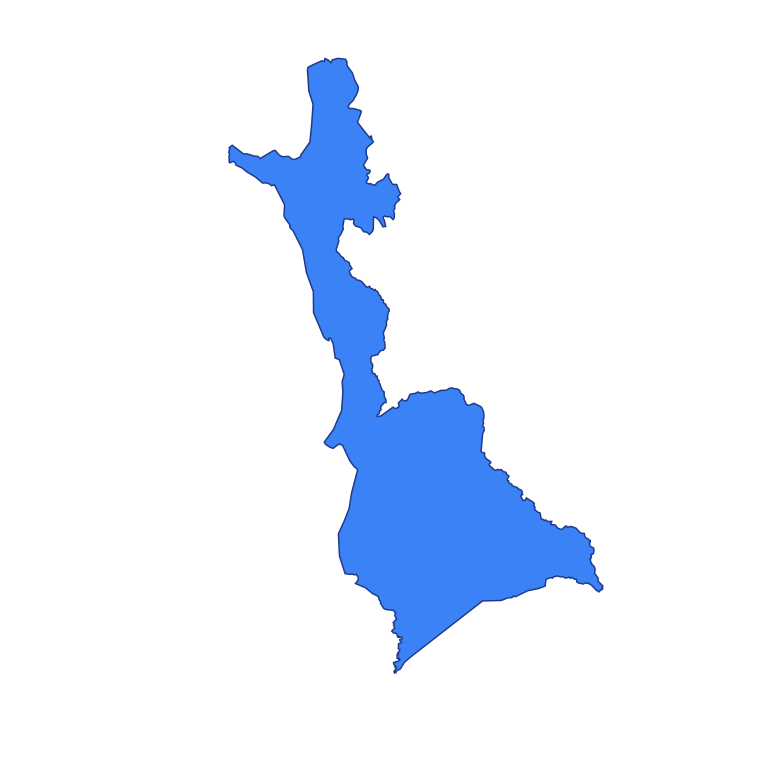 outline of Ho West, Volta, Ghana, rotated 322°
{"feature_id": "2480657B47242267083805", "entity_name": "Ho West", "entity_type": "district", "adm_level": 2, "iso_a3": "GHA", "parent_name": "Ghana", "parent_adm1": "Volta", "projection": "orthographic", "projection_center": [0.372, 6.6], "detail": "fine", "context": "isolated", "style": "filled", "palette": "blue", "viewbox_px": 768, "rotation_deg": 322, "n_neighbors": 0, "source": "geoboundaries", "source_scale": "gbopen_adm2", "svg_char_len": 6161}
<svg xmlns="http://www.w3.org/2000/svg" viewBox="0 0 768 768"><g transform="rotate(322 384 384)"><path d="M442.9,454.5L437.9,453.2L436.4,451.1L437.7,445.1L439.1,443.6L439.7,441.5L438.8,439.0L439.7,435.2L438.4,432.6L437.0,431.7L435.1,428.8L432.4,427.5L429.4,427.4L424.8,424.0L418.2,422.1L416.7,418.3L412.0,416.8L407.2,413.8L405.9,411.2L403.1,410.7L398.1,408.1L393.1,410.8L390.9,410.7L389.3,409.5L389.0,407.1L383.5,407.9L382.8,410.3L381.3,411.0L378.9,410.9L377.4,410.0L376.9,407.8L361.6,407.2L358.7,405.4L359.9,404.1L361.8,404.4L364.3,402.5L365.5,402.6L368.1,399.3L368.7,399.6L372.8,398.8L374.1,399.9L375.8,397.8L376.5,394.0L379.2,390.3L378.8,388.3L379.3,385.4L380.8,381.6L381.1,379.0L382.2,378.3L381.7,376.6L383.4,373.5L382.4,372.9L383.1,370.0L381.7,369.0L381.6,367.6L382.7,367.0L383.0,364.9L384.8,364.3L387.0,361.7L387.4,358.3L388.5,356.8L391.1,354.3L397.4,357.1L398.6,356.3L402.2,355.7L404.4,357.0L406.9,356.4L410.1,351.9L411.0,348.8L412.4,348.3L414.8,343.4L422.3,339.2L424.2,336.2L427.3,334.9L428.0,333.3L431.5,330.1L433.2,329.6L434.2,327.9L433.7,324.7L434.5,321.9L433.7,321.3L433.6,320.2L435.2,317.1L433.8,315.8L434.6,315.0L435.4,312.0L434.9,310.9L435.8,306.9L435.0,305.4L435.2,304.1L434.0,304.1L433.3,301.4L432.1,300.5L432.8,298.2L429.9,297.2L429.5,289.7L428.5,287.3L426.6,285.3L426.6,283.0L424.8,280.2L425.5,274.8L426.4,273.5L429.8,273.4L430.3,268.9L431.3,266.9L429.2,262.1L429.7,259.3L428.8,257.4L428.8,252.2L428.1,251.1L429.1,248.6L436.4,243.6L437.8,240.8L442.1,239.4L447.5,236.8L448.4,234.6L454.2,229.4L457.4,231.8L458.3,233.5L461.3,235.2L461.1,236.4L458.9,238.7L458.7,241.8L462.0,246.6L461.7,251.4L464.1,254.0L464.5,257.2L469.1,256.6L471.0,255.3L478.6,245.9L480.2,248.2L480.9,251.8L480.0,259.6L482.3,260.9L485.2,255.0L485.1,252.8L486.7,251.8L487.7,251.8L489.7,254.5L491.7,255.5L492.3,260.0L494.1,259.6L496.9,256.4L498.3,253.2L501.0,252.1L501.7,250.4L504.6,248.8L509.9,248.4L510.0,245.1L514.3,244.3L514.6,241.6L516.8,234.6L513.7,232.0L513.8,230.0L514.8,224.4L516.9,221.6L515.7,220.4L509.6,222.3L503.2,221.0L499.6,221.7L498.6,221.2L496.5,217.5L495.0,216.7L493.9,214.8L494.3,214.1L498.3,212.2L499.0,211.2L498.8,209.3L499.9,208.0L501.9,209.0L504.2,207.7L504.4,206.6L502.3,204.5L502.3,199.6L503.1,198.7L510.1,196.0L511.5,192.0L514.1,188.4L516.4,187.2L524.3,186.8L525.0,185.6L524.8,184.3L526.6,180.9L525.9,180.4L524.2,181.6L524.2,161.4L532.1,156.6L533.7,155.5L534.0,154.4L529.7,148.3L526.2,145.3L526.5,143.4L529.3,142.1L534.0,141.6L540.9,138.8L544.5,136.5L546.7,134.1L548.0,126.7L550.6,119.3L550.9,110.5L553.3,106.9L553.6,104.3L548.0,98.9L542.9,96.8L539.9,98.1L539.6,94.9L537.9,91.1L535.6,93.0L533.8,91.0L524.2,88.6L519.1,87.7L517.3,89.0L505.1,107.0L500.3,119.9L486.3,135.5L474.4,147.8L459.2,152.4L458.3,153.6L452.0,152.2L449.9,150.0L448.9,145.9L443.9,142.4L442.3,139.0L442.1,133.0L440.6,132.0L425.3,130.1L424.8,127.1L421.8,124.2L418.0,118.6L414.9,116.1L411.4,102.4L407.6,102.4L406.5,104.4L404.3,105.8L404.1,107.5L402.0,109.2L398.6,114.0L398.7,114.8L402.1,115.6L402.7,117.0L402.9,118.5L402.1,120.5L405.0,126.0L406.7,132.9L410.2,141.9L412.0,150.8L415.2,153.2L417.0,156.1L417.3,158.3L420.3,159.8L416.0,181.5L408.7,190.0L408.1,192.4L407.7,201.2L406.5,202.0L406.2,203.3L406.7,207.2L402.5,228.0L391.5,248.4L385.2,267.7L372.4,284.4L365.5,309.9L365.9,313.2L367.0,315.7L367.7,315.7L368.4,313.9L369.5,314.2L370.0,315.6L368.8,320.8L361.5,333.6L363.8,337.2L358.6,351.9L352.4,356.5L346.4,365.3L334.5,378.6L316.0,388.8L301.2,393.0L300.8,395.4L302.2,399.8L304.1,403.3L311.7,403.6L313.6,406.7L309.8,423.5L309.6,429.9L310.5,435.3L291.4,449.9L279.8,460.7L268.3,467.5L255.9,473.9L242.9,492.3L236.6,509.6L240.5,513.5L241.6,513.7L243.1,516.1L245.0,516.8L244.6,518.5L245.2,519.6L243.6,521.8L242.0,522.9L238.6,523.6L243.9,533.0L246.0,542.1L248.4,547.1L248.5,548.6L247.3,551.0L247.4,553.0L246.2,554.9L245.6,560.9L246.8,562.9L252.2,568.4L251.8,571.3L252.2,571.5L249.8,573.2L249.3,576.8L244.3,577.7L244.4,579.5L243.1,579.8L242.3,582.8L238.0,583.4L238.2,586.2L239.7,587.3L240.2,589.5L239.0,591.5L240.2,591.9L240.6,592.4L239.7,592.8L241.8,594.2L242.0,595.2L241.2,595.9L239.1,595.1L238.5,596.1L239.1,598.2L238.3,598.7L235.6,597.6L232.3,601.5L233.1,602.9L231.0,604.2L229.6,604.2L229.3,605.6L227.6,606.4L228.4,605.2L227.9,605.1L225.5,608.2L226.5,609.2L226.0,609.6L226.3,610.4L226.9,610.3L226.8,609.2L227.4,609.6L226.8,611.1L224.4,611.2L222.4,610.1L221.7,610.4L220.3,609.3L219.8,609.5L218.8,612.5L219.4,613.4L218.5,613.9L219.4,614.8L219.1,615.3L214.7,616.8L214.4,618.0L215.9,617.6L215.8,618.6L216.8,617.8L221.5,618.6L228.6,615.9L235.9,615.5L328.1,615.6L343.2,626.8L349.9,628.7L353.3,631.1L355.6,630.8L356.5,632.5L370.0,635.4L380.3,640.5L386.6,642.4L391.3,637.8L393.3,638.0L396.6,639.6L397.3,640.7L398.3,640.3L402.1,641.7L404.8,645.1L406.2,645.7L407.6,648.8L410.8,650.1L411.2,651.8L413.0,652.1L413.7,654.6L415.3,656.4L414.1,658.5L414.8,660.6L417.9,664.3L420.0,664.6L422.2,666.8L423.6,669.9L424.4,677.9L425.4,679.0L425.3,680.1L428.4,679.8L429.0,680.3L430.6,679.7L430.1,678.8L432.1,677.9L431.3,671.4L433.3,668.4L433.4,663.1L436.7,659.3L437.3,656.0L436.6,653.9L437.4,653.0L437.3,651.1L438.8,649.3L438.5,648.5L440.6,648.5L442.1,645.7L443.8,646.7L446.2,645.4L448.2,642.4L446.5,638.7L447.7,636.1L449.0,635.8L450.2,634.3L449.2,633.1L449.6,632.0L448.4,629.7L448.4,627.9L449.8,625.0L447.2,622.7L446.5,615.7L444.1,611.9L442.7,610.7L440.6,610.2L440.2,608.1L439.4,607.7L434.5,608.2L432.1,604.5L432.2,600.7L429.0,597.1L431.6,595.5L428.5,593.3L427.7,590.6L426.3,590.5L426.1,588.9L424.8,587.2L427.5,581.7L425.9,578.6L425.7,575.0L427.1,574.1L427.4,571.7L428.8,570.9L428.8,569.2L426.0,561.4L424.1,562.6L421.9,561.4L422.6,556.6L425.2,556.3L424.8,555.3L426.4,554.6L426.9,552.4L425.2,548.9L425.3,547.6L422.4,543.2L422.9,541.9L421.6,538.3L422.6,536.8L421.9,535.9L422.0,534.8L425.1,534.0L425.8,533.2L424.9,530.7L425.8,528.6L424.1,526.6L423.7,523.5L421.8,522.7L421.2,521.4L418.2,520.4L416.9,512.8L417.8,511.8L419.5,511.8L420.1,511.0L418.4,505.1L419.1,502.3L420.8,500.4L419.2,498.2L419.0,496.9L430.1,485.0L431.8,483.4L434.6,482.1L436.2,479.4L435.8,477.6L438.5,476.0L439.8,473.4L441.2,472.8L444.2,469.2L445.5,466.6L446.5,462.3L445.9,460.4L442.9,454.5Z" fill="#3b82f6" stroke="#1e3a8a" stroke-width="1.5"/></g></svg>